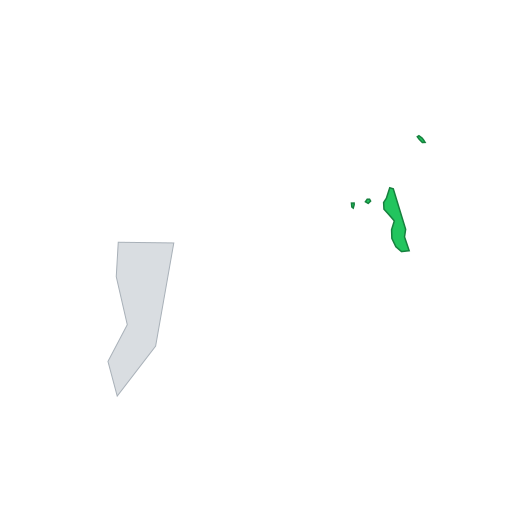 location of Grand'Anse Praslin within Seychelles, rotated 39°
{"feature_id": "SYC-5211", "entity_name": "Grand'Anse Praslin", "entity_type": "state/province", "adm_level": 1, "iso_a3": "SYC", "parent_name": "Seychelles", "parent_adm1": "", "projection": "robinson", "projection_center": [55.687, -4.284], "detail": "fine", "context": "in_parent", "style": "filled", "palette": "green", "viewbox_px": 512, "rotation_deg": 39, "n_neighbors": 0, "source": "natural_earth", "source_scale": "10m", "svg_char_len": 743}
<svg xmlns="http://www.w3.org/2000/svg" viewBox="0 0 512 512"><g transform="rotate(39 256 256)"><path d="M234.7,389.2L236.3,452.2L207.3,431.1L199.2,390.4L160.4,360.0L140.3,332.0L183.9,297.6L234.7,389.2Z" fill="#d9dde1" stroke="#a8b0b8" stroke-width="1"/><path d="M371.7,155.5L366.3,161.0L358.9,160.8L350.5,156.8L344.8,150.2L341.4,141.7L333.2,140.2L326.0,139.1L321.5,134.1L321.0,129.1L317.0,118.8L320.4,117.4L355.5,141.1L359.4,147.7L371.7,155.5ZM310.7,59.8L313.0,60.3L315.9,61.3L313.9,63.1L309.4,62.6L306.3,61.8L306.9,60.0L310.7,59.8ZM308.5,140.4L310.5,141.2L310.1,144.5L306.9,145.0L306.7,141.9L308.5,140.4ZM298.9,153.1L300.0,154.3L301.4,157.6L299.6,157.6L296.9,154.8L298.9,153.1Z" fill="#22c55e" stroke="#15803d" stroke-width="1.5"/></g></svg>